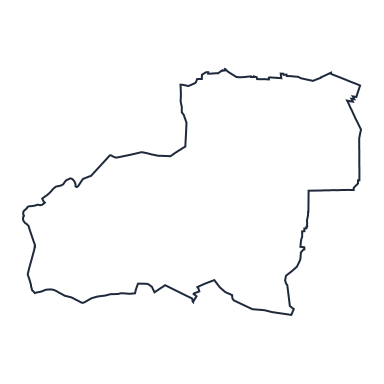 Venustiano Carranza, Michoacán, Mexico
{"feature_id": "50627088B62018556431099", "entity_name": "Venustiano Carranza", "entity_type": "district", "adm_level": 2, "iso_a3": "MEX", "parent_name": "Mexico", "parent_adm1": "Michoacán", "projection": "natural_earth1", "projection_center": [-102.661, 20.146], "detail": "fine", "context": "isolated", "style": "outline", "palette": "slate", "viewbox_px": 384, "rotation_deg": 0, "n_neighbors": 0, "source": "geoboundaries", "source_scale": "gbopen_adm2", "svg_char_len": 5731}
<svg xmlns="http://www.w3.org/2000/svg" viewBox="0 0 384 384"><path d="M29.5,206.2L28.1,206.7L27.5,207.0L27.1,207.8L26.7,208.4L23.8,211.0L23.3,212.1L23.2,213.8L23.3,214.4L23.7,215.2L24.0,215.8L23.4,216.3L23.3,217.1L23.1,218.1L23.0,218.8L23.1,219.1L23.1,219.7L23.3,220.5L23.7,221.2L24.4,222.1L25.2,223.1L26.8,224.1L27.8,225.2L28.5,225.8L29.3,228.6L33.3,240.4L35.0,245.1L34.9,245.7L35.0,246.1L34.6,246.5L34.6,247.1L34.9,247.5L34.6,248.0L34.5,248.3L34.3,249.4L33.6,252.1L31.2,260.9L29.2,268.0L27.7,274.4L29.7,280.3L31.0,285.0L31.0,286.0L31.3,287.4L31.7,288.2L31.8,289.2L32.2,290.4L33.3,291.2L34.8,293.1L36.3,292.6L38.5,292.1L40.2,291.9L41.8,291.3L43.2,290.9L44.1,290.4L45.6,289.8L47.3,289.6L48.7,289.5L50.1,289.4L51.2,289.5L52.3,289.6L53.9,290.0L55.4,290.6L57.0,291.4L58.4,292.3L60.8,293.6L62.4,294.4L64.1,295.4L65.1,295.9L66.2,296.1L67.5,296.4L71.0,297.3L72.8,298.0L75.8,299.7L77.0,300.2L80.9,302.3L81.8,302.7L82.7,302.8L83.3,302.7L84.0,302.5L86.9,300.9L88.2,300.1L89.5,299.4L91.0,298.5L92.0,298.1L93.7,297.6L96.2,296.9L98.3,296.4L103.3,295.8L105.5,295.5L107.0,295.1L107.9,294.9L108.8,294.6L109.9,294.3L110.9,294.2L112.5,294.1L114.6,294.1L117.5,294.0L118.4,293.9L120.7,293.3L121.5,293.2L129.8,293.8L135.0,293.3L135.7,290.3L136.5,287.7L138.0,283.7L139.3,283.7L142.9,283.7L145.8,283.8L147.0,283.9L147.7,284.0L148.2,284.2L149.5,285.1L150.8,286.0L151.7,286.7L152.0,287.0L152.3,287.7L154.5,292.3L154.8,292.1L160.0,288.6L163.1,286.6L165.1,285.2L186.7,295.9L190.9,297.9L192.2,298.6L192.4,299.7L192.5,300.7L192.7,301.6L193.1,302.0L193.1,301.8L196.5,296.3L195.5,295.4L193.6,294.0L194.0,293.4L199.3,291.4L198.1,287.4L196.6,287.4L204.6,283.8L214.3,280.1L219.8,287.3L225.3,292.1L232.1,295.1L232.3,297.7L232.7,299.1L234.0,300.5L252.4,309.2L264.5,310.2L272.1,312.1L291.3,314.9L293.8,309.1L289.8,306.0L289.8,305.9L289.7,304.7L287.3,285.2L286.1,283.6L285.1,280.4L285.9,276.1L286.2,275.6L287.2,274.8L291.9,271.1L296.9,266.7L299.6,261.2L300.4,259.0L300.9,252.4L303.4,249.6L304.4,249.4L304.3,247.3L302.2,247.0L300.4,246.8L300.7,243.8L300.8,242.5L301.3,239.3L301.5,238.5L302.1,237.1L302.2,235.0L302.1,233.9L302.2,233.5L302.1,231.9L302.1,231.4L304.4,231.2L304.4,230.5L304.4,230.4L304.4,230.1L304.3,229.1L304.3,228.5L306.4,228.3L306.4,226.7L307.2,226.5L307.0,224.3L307.2,223.7L307.1,222.4L306.9,220.7L307.9,216.0L308.0,214.9L308.1,211.8L308.4,211.8L308.6,190.7L322.0,190.5L322.4,190.4L326.5,190.3L327.8,190.3L330.3,190.3L330.7,190.2L333.6,190.1L336.5,190.2L339.2,190.2L339.4,190.1L342.1,190.0L345.0,190.0L348.0,189.9L350.8,190.0L353.7,190.0L353.7,189.5L353.7,188.6L353.7,187.8L356.5,185.0L356.6,184.9L358.0,183.5L358.0,180.3L359.4,180.3L359.4,177.0L359.4,175.5L359.4,173.9L359.4,172.3L359.4,170.6L359.4,169.1L359.4,167.5L359.3,165.9L359.3,164.4L359.3,162.7L359.3,161.1L359.3,157.9L359.3,156.3L359.3,154.8L359.3,153.2L359.3,151.6L359.3,150.0L359.2,148.5L359.2,146.9L359.2,145.3L359.2,143.7L359.2,142.0L359.2,140.5L359.2,140.4L359.2,138.1L359.4,137.3L359.9,134.7L361.0,129.6L360.9,129.3L359.6,126.8L358.3,124.0L356.8,121.0L356.6,120.7L355.2,117.9L354.6,116.4L353.9,115.0L352.7,112.4L352.6,112.1L351.3,109.4L350.0,106.9L349.8,106.3L348.6,103.5L347.1,100.6L350.0,101.2L352.9,101.7L352.2,100.2L351.5,99.0L351.4,98.8L354.3,99.2L352.8,96.4L355.7,96.9L356.3,97.0L358.1,91.4L358.4,90.6L359.3,87.9L360.1,85.5L357.7,84.5L355.3,83.5L354.1,83.1L352.9,82.6L350.5,81.7L348.1,80.7L345.7,79.7L343.4,78.8L343.2,78.7L342.1,78.3L341.0,77.8L338.6,76.9L336.1,75.9L333.7,75.0L331.2,73.9L330.9,73.8L331.0,72.7L329.4,73.4L327.1,74.5L324.6,75.7L322.3,76.7L322.2,76.7L321.8,77.0L320.8,77.4L320.8,77.8L320.7,77.9L317.8,78.9L314.7,80.2L313.5,80.6L312.9,80.9L312.4,80.8L311.3,80.5L310.9,80.4L309.8,80.2L309.0,80.0L307.9,79.8L303.4,78.8L301.1,78.3L298.1,76.8L295.1,76.6L292.4,76.3L289.5,76.1L286.7,76.0L286.5,74.6L283.6,74.8L283.3,73.7L280.7,73.6L281.0,75.8L281.3,78.2L280.8,78.1L274.4,77.7L271.5,77.5L269.4,77.4L268.8,77.7L268.9,79.4L266.0,79.3L265.9,79.3L264.8,79.1L262.9,79.2L259.9,79.2L257.1,79.1L256.8,77.3L253.9,76.4L253.9,77.0L251.0,77.0L250.9,76.4L248.3,76.6L245.5,76.9L245.3,77.0L239.8,77.3L236.9,77.0L236.4,77.0L236.3,76.9L230.6,73.4L228.0,71.7L225.4,69.2L225.1,69.1L225.2,70.4L222.3,70.8L222.3,70.4L221.4,70.9L219.6,72.2L218.2,73.3L217.8,73.3L216.8,73.2L213.9,73.4L211.2,73.6L208.2,73.7L208.2,72.2L207.9,72.2L205.9,72.3L202.9,74.2L201.9,74.8L201.9,76.6L201.8,79.0L199.0,79.0L197.2,79.0L196.8,79.9L196.3,81.3L195.8,82.5L195.3,83.0L193.1,84.0L191.5,84.7L189.4,85.6L188.3,86.0L186.3,85.6L182.9,84.8L180.5,84.7L180.7,88.4L180.9,93.6L180.8,97.7L180.6,100.8L180.7,101.6L181.0,103.3L181.8,107.0L181.8,112.4L183.6,114.6L186.5,122.6L186.0,133.6L185.3,146.6L181.5,148.8L181.2,149.2L179.7,150.0L175.8,152.5L175.5,152.7L170.5,156.2L160.8,155.8L159.2,155.8L157.8,155.7L154.9,155.1L154.7,155.0L151.9,154.5L147.5,153.3L143.5,152.5L142.0,152.2L141.0,152.3L134.7,153.8L129.8,154.9L117.7,157.4L115.8,157.6L114.4,157.1L112.9,156.4L111.0,155.4L110.4,155.2L109.7,155.5L107.9,157.5L104.7,161.0L97.8,168.5L94.3,172.3L91.0,175.9L89.2,176.5L86.4,177.6L83.7,178.6L82.8,179.1L81.0,181.8L78.3,185.9L77.3,186.8L76.4,187.0L75.5,186.2L75.5,185.6L75.5,185.0L75.5,184.4L75.4,183.8L74.9,182.7L74.6,181.7L74.2,181.2L73.7,180.5L73.1,179.8L72.6,179.3L72.1,179.0L71.6,178.7L71.1,178.6L70.6,178.5L70.3,178.4L69.9,178.5L67.3,179.8L66.0,180.4L65.3,181.3L65.2,181.5L64.6,182.2L63.7,183.6L63.2,184.2L62.9,184.5L61.9,185.1L60.9,185.5L59.1,186.0L57.5,186.3L56.4,186.5L55.7,186.8L54.9,187.4L53.7,188.4L52.9,189.2L52.1,190.1L51.9,190.4L51.3,191.1L50.2,192.3L49.4,193.1L47.7,194.6L46.4,195.6L45.2,196.4L44.1,197.2L43.3,197.8L42.6,198.3L42.2,198.6L43.8,201.9L44.8,202.6L43.5,203.8L42.2,204.7L40.5,205.2L39.4,205.1L38.5,204.7L36.9,204.9L34.9,205.6L31.9,206.1L29.5,206.2Z" fill="none" stroke="#1e293b" stroke-width="2"/></svg>